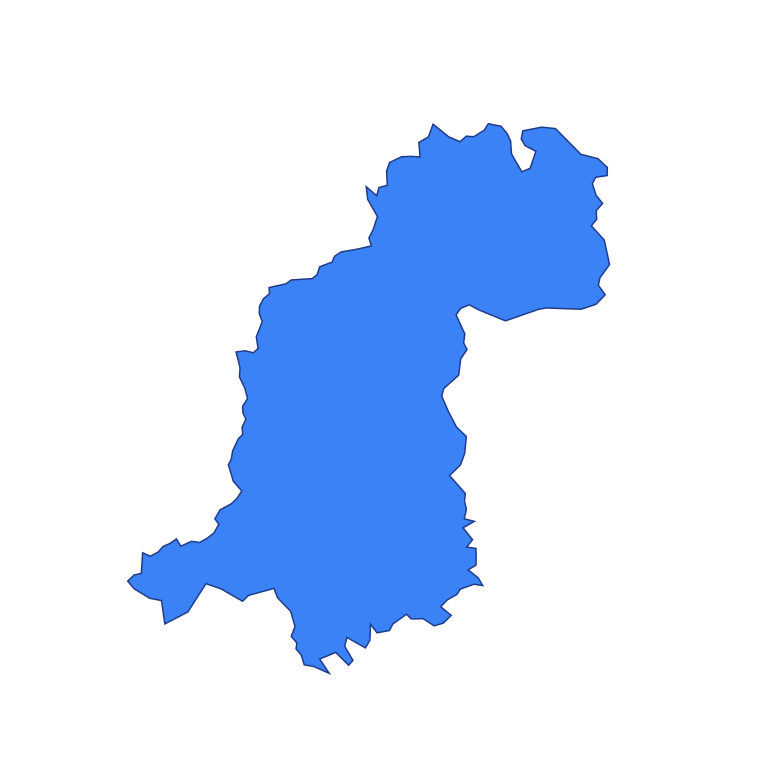 Trindade do Sul, Rio Grande do Sul, Brazil, rotated 288°
{"feature_id": "56859067B60516557813465", "entity_name": "Trindade do Sul", "entity_type": "district", "adm_level": 2, "iso_a3": "BRA", "parent_name": "Brazil", "parent_adm1": "Rio Grande do Sul", "projection": "equal_earth", "projection_center": [-52.905, -27.526], "detail": "fine", "context": "isolated", "style": "filled", "palette": "blue", "viewbox_px": 768, "rotation_deg": 288, "n_neighbors": 0, "source": "geoboundaries", "source_scale": "gbopen_adm2", "svg_char_len": 2423}
<svg xmlns="http://www.w3.org/2000/svg" viewBox="0 0 768 768"><g transform="rotate(288 384 384)"><path d="M566.1,306.2L554.6,311.4L541.2,326.0L527.3,326.0L518.2,324.5L511.4,329.3L503.1,315.3L496.5,302.6L490.2,297.5L484.0,297.0L475.6,286.6L467.4,286.6L462.0,283.1L454.3,263.7L448.9,259.6L440.2,244.9L434.5,247.2L427.7,242.9L419.3,241.6L412.3,243.7L405.8,248.9L389.3,248.0L378.8,253.3L373.3,250.0L372.7,241.6L368.7,233.4L360.1,238.9L354.7,242.1L345.9,244.4L337.2,252.8L328.0,258.7L318.9,256.4L312.7,258.9L308.0,263.5L299.0,262.4L292.5,265.2L286.8,262.4L273.5,260.7L265.1,262.0L259.1,260.9L244.9,270.8L238.3,281.8L229.7,279.5L222.7,275.6L213.8,267.1L203.5,264.8L199.6,270.3L189.8,268.3L182.3,263.2L176.3,257.6L174.9,249.6L167.0,240.9L172.5,234.5L166.2,229.7L161.2,224.1L154.2,221.0L148.0,215.0L148.9,206.6L128.9,211.7L125.1,205.3L117.3,201.2L112.0,209.8L107.8,227.4L109.3,239.3L88.1,249.7L106.6,267.9L139.1,276.4L138.8,292.2L133.7,316.6L141.2,320.6L155.6,342.5L147.8,348.8L138.9,365.6L125.8,374.3L115.3,373.8L110.8,381.1L104.9,382.2L100.7,389.0L92.3,394.9L93.6,404.5L91.9,421.3L102.6,407.8L113.8,421.1L105.6,437.2L111.5,439.9L116.5,434.3L122.4,427.6L131.5,427.1L127.3,447.9L135.9,449.8L151.3,445.4L145.2,454.3L151.3,465.4L158.3,466.5L172.0,476.5L169.0,482.5L172.9,493.7L169.5,506.4L174.9,514.3L184.7,519.4L189.7,506.7L198.4,511.0L206.2,518.3L212.5,519.9L221.4,531.5L222.8,540.2L228.8,533.4L233.2,521.4L240.2,527.5L248.4,525.0L256.0,522.3L254.5,513.0L263.3,516.3L271.7,503.6L281.3,512.4L280.6,502.0L290.4,501.1L297.3,496.8L305.0,495.2L317.2,474.6L330.6,481.7L342.9,482.2L359.5,478.5L365.5,466.2L378.0,453.5L390.2,442.7L398.0,442.2L415.5,452.3L431.5,449.2L442.5,452.3L447.6,447.1L456.6,445.4L472.0,431.2L479.5,433.5L485.7,440.6L483.7,451.8L481.6,480.0L503.0,508.2L506.6,515.2L511.9,534.1L516.1,548.5L525.3,561.0L537.2,566.8L544.1,557.4L551.6,556.5L567.3,561.6L589.0,549.0L598.5,532.3L606.3,535.4L614.3,532.3L623.4,536.1L628.9,527.5L639.0,520.2L646.0,521.4L651.2,531.8L659.0,529.5L664.4,517.9L663.3,500.3L679.9,468.2L677.0,454.6L667.7,437.8L659.4,438.8L654.3,444.4L652.2,456.6L634.3,456.3L628.4,449.5L642.1,434.3L654.4,429.2L660.3,423.6L665.3,415.7L663.8,402.8L656.4,400.9L646.9,392.9L645.1,385.7L637.9,381.4L639.1,369.1L646.3,350.4L632.8,349.9L624.5,342.5L611.1,348.1L608.7,338.9L605.5,330.5L596.5,320.9L587.4,320.6L574.0,325.7L569.2,318.4L560.8,318.9L566.1,306.2Z" fill="#3b82f6" stroke="#1e3a8a" stroke-width="1.5"/></g></svg>